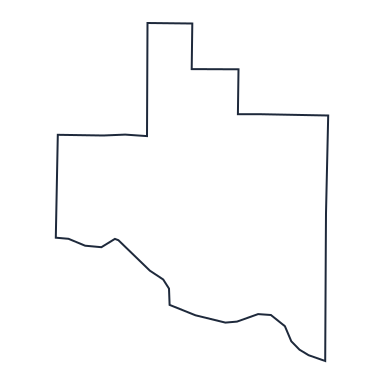 Warren, Missouri, United States of America (orthographic projection)
{"feature_id": "52423323B24848348476701", "entity_name": "Warren", "entity_type": "district", "adm_level": 2, "iso_a3": "USA", "parent_name": "United States of America", "parent_adm1": "Missouri", "projection": "orthographic", "projection_center": [-91.171, 38.77], "detail": "fine", "context": "isolated", "style": "outline", "palette": "slate", "viewbox_px": 384, "rotation_deg": 0, "n_neighbors": 0, "source": "geoboundaries", "source_scale": "gbopen_adm2", "svg_char_len": 527}
<svg xmlns="http://www.w3.org/2000/svg" viewBox="0 0 384 384"><path d="M325.2,361.0L325.8,244.1L326.0,213.1L328.2,115.5L260.1,114.2L237.9,114.2L238.5,69.3L191.7,69.1L192.3,23.5L147.5,23.0L147.0,136.1L125.2,134.6L103.3,135.5L57.8,134.8L55.8,237.7L68.5,238.8L85.1,245.7L101.4,247.2L114.9,238.9L118.4,240.2L149.9,270.7L163.2,279.5L169.0,288.6L169.6,304.9L195.5,315.3L225.4,322.6L237.0,321.6L258.1,314.1L270.9,315.0L284.9,326.2L291.3,341.3L299.5,349.7L308.6,355.2L325.2,361.0Z" fill="none" stroke="#1e293b" stroke-width="2"/></svg>